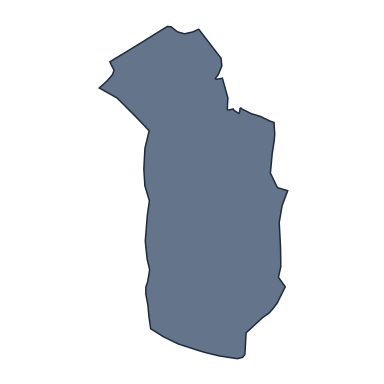 outline of As Salam - WK, South Kordufan, Sudan, rotated 183°
{"feature_id": "16777658B70273794752269", "entity_name": "As Salam - WK", "entity_type": "district", "adm_level": 2, "iso_a3": "SDN", "parent_name": "Sudan", "parent_adm1": "South Kordufan", "projection": "mercator", "projection_center": [28.195, 11.292], "detail": "fine", "context": "isolated", "style": "filled", "palette": "slate", "viewbox_px": 384, "rotation_deg": 183, "n_neighbors": 0, "source": "geoboundaries", "source_scale": "gbopen_adm2", "svg_char_len": 1131}
<svg xmlns="http://www.w3.org/2000/svg" viewBox="0 0 384 384"><g transform="rotate(183 192 192)"><path d="M113.7,265.7L118.6,267.2L127.5,271.0L137.1,273.4L146.7,277.6L147.6,278.5L148.4,278.0L148.6,275.1L148.8,273.5L149.5,273.0L154.4,275.8L155.2,277.1L160.1,275.7L161.1,276.5L161.1,287.9L167.6,307.2L173.7,305.8L174.6,306.7L171.9,310.6L170.9,313.3L168.8,319.4L170.0,327.1L193.8,354.9L199.6,351.9L207.8,349.6L215.0,351.2L221.5,355.9L225.2,356.1L258.4,333.0L274.8,321.9L280.9,317.7L276.2,309.4L277.6,305.0L282.4,298.7L290.1,291.0L271.8,282.0L251.5,263.7L238.0,250.9L241.3,233.1L241.3,212.5L239.4,195.7L234.1,181.1L235.4,166.3L236.1,140.4L233.3,122.6L230.2,112.1L231.6,100.0L233.1,94.8L232.7,87.3L230.1,76.6L228.5,65.3L227.5,60.2L226.1,53.3L213.1,46.0L197.7,39.5L176.4,33.8L169.3,32.2L162.4,30.9L156.8,29.8L137.9,27.9L132.9,29.5L130.7,32.4L130.6,54.2L115.0,70.2L108.6,75.2L104.4,80.6L101.1,85.6L93.9,102.2L98.3,107.7L101.2,111.3L99.4,122.2L100.7,141.5L103.3,166.1L101.3,183.1L96.5,198.3L106.9,200.8L114.7,215.0L113.9,234.5L112.6,247.4L112.4,254.2L112.8,257.5L113.7,265.7Z" fill="#64748b" stroke="#1e293b" stroke-width="1.5"/></g></svg>